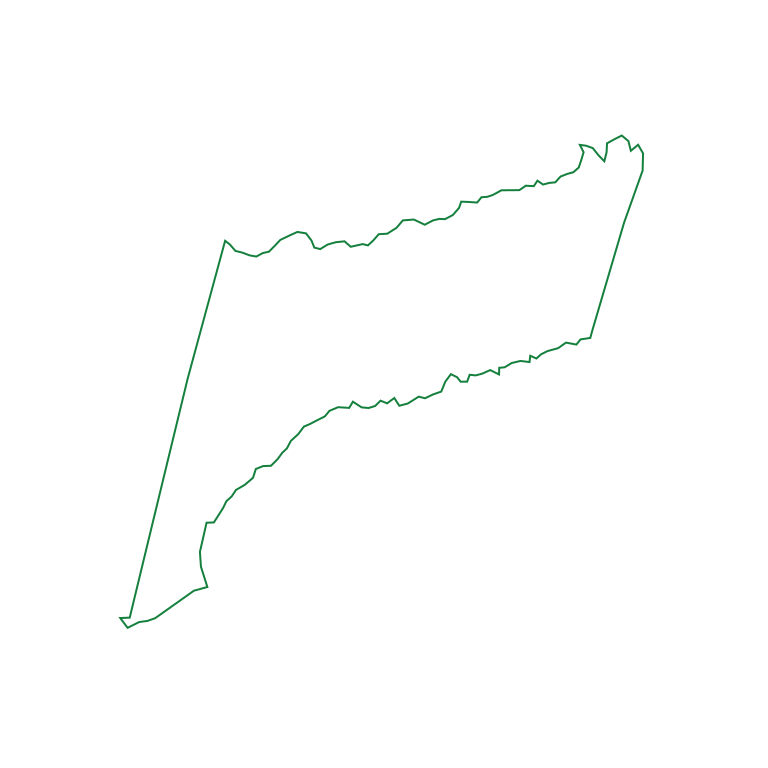 the district of Rancho Alegre D'Oeste, Paraná, Brazil, rotated 194°
{"feature_id": "56859067B11578412719697", "entity_name": "Rancho Alegre D'Oeste", "entity_type": "district", "adm_level": 2, "iso_a3": "BRA", "parent_name": "Brazil", "parent_adm1": "Paraná", "projection": "natural_earth1", "projection_center": [-52.974, -24.27], "detail": "fine", "context": "isolated", "style": "outline", "palette": "green", "viewbox_px": 768, "rotation_deg": 194, "n_neighbors": 0, "source": "geoboundaries", "source_scale": "gbopen_adm2", "svg_char_len": 1913}
<svg xmlns="http://www.w3.org/2000/svg" viewBox="0 0 768 768"><g transform="rotate(194 384 384)"><path d="M314.8,408.3L310.2,404.8L303.9,406.4L303.1,413.7L297.2,414.5L291.5,417.6L284.3,423.2L274.7,421.1L276.1,427.6L271.0,429.4L265.1,435.3L257.1,439.4L248.1,440.5L248.9,446.8L242.3,445.6L238.7,450.9L233.3,455.5L223.7,460.9L217.4,468.2L206.9,468.8L204.1,474.8L195.0,478.6L194.8,486.7L190.1,598.5L184.7,653.7L188.4,670.4L195.3,677.6L200.9,670.0L205.6,678.8L213.4,682.6L219.1,677.7L225.8,671.5L224.1,662.7L224.1,653.4L231.3,657.9L238.5,663.4L245.7,664.1L251.8,663.4L246.4,657.2L246.8,648.9L247.4,641.2L251.5,635.3L256.8,632.3L262.9,628.0L266.6,621.1L272.3,619.1L277.9,616.0L284.3,618.4L286.5,612.2L294.4,610.7L299.5,604.9L306.3,603.1L316.9,600.4L324.2,593.7L329.1,590.6L334.6,588.8L337.5,582.6L345.5,581.2L353.2,579.6L353.8,573.0L358.1,564.6L364.7,558.7L370.2,557.6L376.0,554.6L383.0,548.4L394.8,550.8L405.3,547.3L409.6,538.6L417.2,530.6L425.3,528.1L429.2,520.6L433.1,514.6L438.5,514.6L449.5,509.1L456.8,512.9L465.1,509.9L472.4,505.7L478.5,499.5L484.6,499.5L489.1,505.7L496.1,511.3L504.8,510.6L511.5,505.3L519.4,498.8L524.0,490.7L527.7,484.5L533.2,481.8L538.7,476.8L545.4,476.3L553.2,477.2L560.4,477.2L567.3,482.1L572.8,484.5L575.5,356.2L575.8,341.0L574.9,197.7L574.2,95.8L583.3,93.1L573.8,85.4L564.0,93.8L556.2,96.9L549.4,101.4L518.5,137.4L506.3,144.3L517.4,162.4L522.0,176.6L522.6,206.5L515.6,208.5L512.6,217.3L510.0,225.3L508.6,232.1L504.6,238.1L502.0,245.4L494.7,252.5L488.4,261.3L487.8,270.5L481.5,275.1L473.9,277.3L469.0,285.5L466.0,292.8L462.6,298.1L460.6,306.3L455.1,314.6L451.4,323.3L446.0,327.4L440.5,332.3L433.6,338.2L430.4,344.8L422.9,350.4L412.0,352.4L409.9,359.3L400.0,355.9L393.1,357.0L387.3,360.5L383.3,367.0L376.3,366.0L370.6,372.9L363.9,366.6L356.2,370.8L347.3,380.1L340.7,380.1L333.8,385.8L326.6,390.5L325.1,401.0L321.5,409.7L314.8,408.3Z" fill="none" stroke="#15803d" stroke-width="2"/></g></svg>